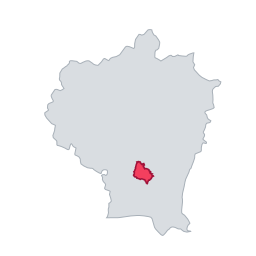 Baranovichy, Brest, Belarus shown in context, rotated 279°
{"feature_id": "67162791B97838850570601", "entity_name": "Baranovichy", "entity_type": "district", "adm_level": 2, "iso_a3": "BLR", "parent_name": "Belarus", "parent_adm1": "Brest", "projection": "orthographic", "projection_center": [25.916, 53.118], "detail": "fine", "context": "in_parent", "style": "filled", "palette": "rose", "viewbox_px": 256, "rotation_deg": 279, "n_neighbors": 0, "source": "geoboundaries", "source_scale": "gbopen_adm2", "svg_char_len": 6754}
<svg xmlns="http://www.w3.org/2000/svg" viewBox="0 0 256 256"><g transform="rotate(279 128 128)"><path d="M212.5,181.3L208.4,181.3L203.5,181.8L200.9,184.0L197.9,183.2L195.8,184.5L191.3,190.1L189.6,193.1L188.1,197.6L187.2,200.9L187.9,203.2L188.9,205.2L189.3,207.5L189.9,209.2L188.7,210.6L188.1,212.5L186.0,212.3L183.4,210.7L182.7,208.1L180.6,206.4L179.3,205.6L177.2,205.6L173.8,206.6L169.4,207.5L166.1,207.8L164.3,208.9L161.6,209.9L160.5,208.9L158.9,206.0L157.5,203.1L156.6,201.9L155.9,201.5L155.0,201.6L154.0,202.6L153.3,203.6L150.5,204.8L149.3,205.9L148.1,208.7L147.2,208.5L146.2,208.0L145.0,205.0L143.5,204.3L141.2,204.4L138.3,203.8L135.9,203.0L135.0,203.2L133.7,204.6L132.2,204.8L128.8,203.7L128.2,204.3L126.3,207.7L125.4,207.9L124.9,207.4L125.1,204.5L123.2,203.6L119.9,203.5L117.6,203.9L116.5,203.8L115.9,203.3L113.0,198.5L111.6,198.2L108.9,198.5L105.0,197.9L100.5,196.9L98.0,196.5L96.7,195.4L94.0,195.1L86.5,193.0L83.5,192.7L79.0,192.6L72.3,192.1L67.9,192.3L65.9,193.0L63.5,193.4L55.5,193.8L52.6,194.3L51.7,195.3L50.7,197.5L47.3,201.3L44.0,203.8L43.4,204.0L41.5,202.6L39.9,202.1L38.1,201.9L36.8,202.2L35.9,202.9L35.9,205.9L35.7,206.1L34.4,202.5L34.6,199.3L35.5,197.5L36.5,195.9L36.2,193.4L37.2,190.1L37.3,187.8L37.0,186.7L36.2,185.5L34.2,184.2L33.3,183.1L30.5,181.6L27.8,179.8L27.3,178.8L27.5,178.1L28.0,177.0L30.3,173.9L32.7,170.9L34.2,169.7L42.1,166.0L43.4,164.6L43.7,162.3L43.7,157.5L43.4,153.2L42.9,150.2L41.6,144.6L38.0,132.9L36.0,120.9L37.5,121.6L41.1,122.0L44.0,121.3L45.5,121.2L46.8,121.5L50.6,120.9L51.5,122.0L53.2,123.0L56.5,121.7L59.5,120.1L62.6,120.3L63.0,119.5L63.8,115.2L64.8,114.3L68.4,114.8L69.7,114.0L71.2,112.0L73.3,110.7L75.1,110.7L77.0,109.3L77.9,110.2L78.3,112.0L77.7,113.4L78.0,114.0L79.3,114.7L81.5,114.6L82.9,114.1L83.2,113.3L83.2,111.8L82.9,110.5L81.9,109.3L80.2,108.7L79.0,108.6L78.8,107.9L79.2,106.3L80.3,103.4L81.6,100.7L82.4,99.7L82.6,98.8L82.4,97.2L82.4,94.3L83.6,90.3L85.2,87.2L87.3,86.3L89.9,85.7L91.6,84.3L92.4,82.6L93.1,80.0L93.9,79.5L100.1,79.8L101.0,77.2L101.6,76.4L102.7,75.6L103.6,74.7L103.2,74.0L101.7,73.6L97.9,73.2L97.2,72.3L97.4,71.3L98.4,68.6L99.3,65.1L99.7,62.5L99.8,60.9L100.3,60.4L103.3,59.9L104.3,59.4L106.8,55.7L108.8,55.0L113.9,55.9L116.2,55.8L119.2,55.9L119.4,55.6L120.4,51.9L125.2,46.0L127.8,43.9L129.5,43.5L130.1,43.5L132.9,46.5L133.5,46.6L135.2,45.3L138.3,45.1L139.8,46.1L142.0,49.7L143.0,50.1L146.0,47.9L147.6,47.1L148.7,47.1L154.5,49.8L154.9,50.7L155.0,51.8L154.3,55.2L155.6,57.2L157.0,58.6L159.8,56.1L160.9,55.4L162.1,55.3L163.6,54.3L164.6,53.0L165.7,52.5L167.8,52.6L171.6,52.1L176.1,53.9L176.5,54.5L178.9,56.8L179.7,57.9L180.5,58.2L181.7,59.3L183.3,60.0L184.4,59.7L185.0,60.0L185.5,60.9L185.7,62.5L185.8,67.0L184.4,69.4L184.3,70.3L184.4,71.3L185.8,73.1L187.6,76.0L188.1,77.7L188.2,79.0L186.3,83.0L185.6,84.0L185.2,85.9L185.1,87.9L185.3,88.7L189.3,91.5L192.2,92.9L192.9,93.7L193.0,94.2L191.7,97.6L191.6,98.5L194.0,99.7L195.4,101.8L196.7,105.2L199.1,108.4L207.5,112.7L208.3,113.5L208.6,114.5L208.5,116.8L207.4,121.3L208.9,121.9L212.4,121.4L216.7,121.6L222.2,124.2L222.3,125.6L221.9,126.9L222.4,128.2L223.1,129.3L227.9,132.3L228.4,133.3L228.7,135.0L228.6,136.2L227.4,136.6L226.1,137.3L224.0,139.0L223.2,141.1L219.8,144.4L217.7,145.9L215.8,146.1L211.5,145.9L209.8,144.6L209.1,143.3L207.4,142.8L205.2,143.0L202.1,143.4L201.6,143.9L201.2,145.5L200.1,148.4L199.3,150.0L203.6,155.1L205.7,157.2L206.4,158.5L206.5,159.5L205.6,160.7L206.0,163.0L208.1,165.9L207.5,166.4L207.6,170.2L207.9,174.2L208.5,175.1L209.6,175.8L210.6,177.2L212.3,180.4L212.5,181.3Z" fill="#d9dde1" stroke="#a8b0b8" stroke-width="1"/><path d="M87.0,141.3L86.8,141.3L86.4,141.1L86.2,140.9L85.8,140.6L85.6,140.8L85.3,141.1L85.1,141.2L85.0,141.3L84.9,141.3L84.7,141.1L84.2,141.2L84.0,141.3L83.8,141.4L83.6,141.5L83.4,141.4L83.1,141.2L82.8,141.2L82.7,140.9L82.3,140.8L82.1,140.9L81.9,141.0L81.6,141.3L81.4,141.8L81.0,142.0L80.9,142.1L80.8,142.4L80.8,142.7L80.9,142.9L80.9,143.1L81.0,143.3L80.9,143.5L80.7,143.7L80.7,143.8L80.7,144.0L80.5,144.3L80.3,144.4L79.9,144.5L80.1,145.0L79.9,145.4L79.7,145.7L79.6,145.9L79.6,146.2L79.6,146.4L79.6,146.5L79.6,146.8L79.6,147.1L79.6,147.3L79.4,147.6L79.2,147.8L79.1,148.0L79.2,148.4L79.5,148.6L79.8,148.8L79.9,149.0L79.8,149.4L79.8,149.6L79.9,149.8L79.9,150.0L79.9,150.4L79.9,150.6L79.7,150.9L79.5,151.3L79.5,151.7L79.6,152.0L79.6,152.4L79.5,152.7L79.3,152.9L79.0,153.0L78.8,153.0L78.5,153.1L78.4,153.4L78.2,153.7L78.1,153.9L77.8,154.1L77.4,154.3L77.2,154.3L76.8,154.5L76.5,154.7L76.5,154.8L76.4,155.0L76.2,155.4L76.0,155.5L76.0,155.8L76.4,155.9L76.5,155.9L76.8,155.8L77.0,155.8L77.1,155.7L77.3,155.7L77.4,155.8L77.5,155.9L77.7,156.0L77.9,156.0L78.0,156.0L78.3,156.2L78.5,156.2L78.8,156.3L79.2,156.4L79.4,156.4L79.6,156.5L79.8,156.7L79.7,156.9L79.7,157.0L79.8,157.3L79.8,157.5L80.1,157.7L80.3,157.7L80.6,157.8L80.7,158.0L80.8,158.1L81.1,158.4L81.3,158.5L81.5,158.6L81.6,158.9L81.8,159.0L82.0,159.0L82.3,158.9L82.4,159.0L82.5,159.1L82.8,159.2L83.1,159.2L83.2,159.3L83.4,159.4L83.5,159.6L83.8,159.9L84.0,160.0L84.2,160.3L84.4,160.4L84.5,160.6L84.8,160.3L85.0,160.1L85.1,159.8L85.0,159.7L84.9,159.6L84.8,159.2L85.0,159.1L85.3,159.0L85.6,158.9L85.8,158.7L86.0,158.6L86.3,158.5L86.5,158.7L86.5,158.2L86.5,157.9L86.5,157.7L86.5,157.4L86.6,157.2L86.8,157.2L87.0,157.0L87.1,156.8L87.3,156.8L87.5,157.0L87.6,157.4L87.8,157.4L88.0,157.4L88.4,157.2L88.4,156.9L88.2,156.8L88.0,156.7L87.9,156.5L87.9,156.4L88.0,156.2L88.3,156.1L88.3,156.3L88.5,156.4L88.8,156.3L88.8,156.1L88.9,155.9L89.0,155.7L89.3,155.4L89.6,155.4L89.8,155.4L90.0,155.2L89.9,154.9L90.0,154.7L90.3,154.6L90.4,154.4L90.4,154.2L90.5,154.0L90.5,153.8L90.6,153.5L90.5,153.3L90.6,153.0L90.7,152.9L90.8,152.8L90.8,152.7L90.7,152.4L90.7,152.1L90.7,151.8L90.7,151.4L90.6,151.2L90.4,151.2L90.2,151.0L90.3,150.9L90.5,150.8L90.7,150.7L90.7,150.4L90.9,150.3L91.1,150.3L91.3,150.2L91.6,150.0L91.8,150.0L92.0,149.8L92.0,149.7L92.0,149.3L92.1,149.2L92.4,149.1L92.6,149.2L92.9,149.3L93.1,149.4L93.3,149.3L93.4,149.2L93.7,149.3L93.8,149.3L93.9,149.5L93.9,149.8L94.0,150.0L94.3,149.9L94.5,149.7L94.8,149.4L95.2,149.3L95.4,149.2L95.3,148.8L95.2,148.6L95.0,148.3L94.7,148.2L94.4,148.2L94.1,148.1L94.0,147.9L93.9,147.7L94.0,147.5L94.3,147.4L94.6,147.2L94.6,146.6L94.8,146.5L95.0,146.5L95.2,146.3L95.2,146.1L95.3,145.7L95.5,145.7L95.9,145.7L96.2,145.6L96.4,145.4L96.4,145.0L96.4,144.7L96.3,144.3L96.4,144.1L96.5,144.0L96.5,143.8L96.5,143.6L96.4,143.6L96.2,143.5L96.0,143.4L95.9,143.3L96.0,143.1L96.1,142.8L96.0,142.5L95.9,142.3L95.8,142.0L95.3,142.3L94.9,142.3L94.5,142.3L94.3,142.1L93.8,142.0L93.2,141.9L92.6,141.8L91.9,141.8L91.2,141.7L90.5,141.7L90.3,141.7L90.0,141.5L89.9,141.5L89.7,141.7L89.5,141.8L89.2,141.8L88.8,141.8L88.6,141.6L88.3,141.4L88.0,141.4L87.7,141.4L87.4,141.4L87.1,141.3L87.0,141.3Z" fill="#f43f5e" stroke="#9f1239" stroke-width="1.5"/></g></svg>